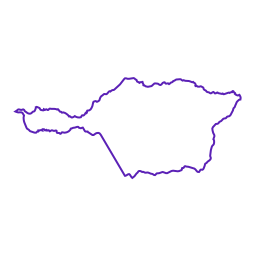 map outline of Apure (Equal Earth projection)
{"feature_id": "VEN-25", "entity_name": "Apure", "entity_type": "State", "adm_level": 1, "iso_a3": "VEN", "parent_name": "Venezuela", "parent_adm1": "", "projection": "equal_earth", "projection_center": [-69.326, 7.078], "detail": "fine", "context": "isolated", "style": "outline", "palette": "violet", "viewbox_px": 256, "rotation_deg": 0, "n_neighbors": 0, "source": "natural_earth", "source_scale": "10m", "svg_char_len": 5744}
<svg xmlns="http://www.w3.org/2000/svg" viewBox="0 0 256 256"><path d="M18.1,112.4L16.3,111.9L15.4,111.5L17.1,110.4L17.7,109.8L18.2,109.5L18.9,109.4L21.0,109.9L21.6,109.9L23.1,109.4L23.8,109.7L24.2,110.0L24.7,111.0L25.0,111.3L26.5,112.3L27.5,113.1L29.2,113.7L29.6,113.7L30.4,113.6L30.9,113.4L31.3,113.2L32.8,111.8L33.2,111.6L34.1,111.4L34.5,111.1L34.7,110.8L35.3,109.6L36.0,107.4L35.9,107.2L36.4,106.9L37.1,107.0L39.4,108.0L39.7,108.3L40.2,109.3L40.6,109.8L41.1,110.0L42.7,110.3L43.4,110.3L43.8,109.8L43.9,109.2L44.1,109.3L44.6,110.0L45.1,109.9L45.9,109.4L46.3,109.3L46.7,109.4L47.4,109.9L47.8,110.0L48.3,109.9L48.5,109.7L48.8,109.3L49.6,108.7L50.3,108.7L51.7,108.9L54.5,108.9L55.9,109.1L57.2,109.6L57.9,109.2L58.7,110.0L59.5,111.1L60.1,111.7L61.0,111.8L61.4,112.0L61.8,112.6L62.4,112.6L63.3,112.4L64.9,112.9L66.4,113.8L67.9,115.0L69.1,116.5L69.7,116.2L70.4,116.6L71.1,117.2L71.8,117.5L72.5,117.4L74.2,116.6L74.8,116.1L76.1,116.9L77.8,117.4L79.5,117.5L80.9,117.2L81.9,115.5L82.3,115.3L83.3,115.5L83.9,115.2L84.5,114.6L85.4,113.4L85.7,112.7L86.2,112.8L86.4,113.0L86.5,113.1L86.8,112.8L86.9,112.6L87.0,111.5L87.2,110.7L87.8,110.5L88.5,110.5L89.3,110.3L90.6,109.4L91.6,107.8L92.4,106.0L93.2,102.4L93.6,101.7L95.3,101.1L95.6,101.1L96.0,101.2L96.6,101.6L96.9,101.8L97.5,101.6L98.4,101.1L99.3,100.4L99.7,99.5L99.9,98.6L100.4,97.4L101.1,96.4L101.6,95.9L102.1,95.7L103.8,94.2L104.4,94.0L106.2,94.2L106.7,94.0L107.2,93.6L108.8,91.7L109.4,91.3L109.9,91.2L110.4,91.5L110.8,91.1L112.0,90.3L112.5,90.1L113.5,90.0L114.2,89.7L120.0,84.4L124.2,79.0L125.0,78.3L125.9,78.3L127.7,78.8L129.1,78.8L133.5,78.1L134.4,78.4L135.7,79.6L136.4,79.8L136.6,80.1L137.0,81.3L137.2,81.6L138.6,82.2L139.4,82.9L139.6,82.8L139.9,82.4L140.1,82.2L141.5,82.2L142.1,81.9L142.5,81.9L142.9,83.4L143.4,84.3L143.4,84.5L143.4,85.1L143.4,85.3L143.6,85.4L144.2,85.3L145.6,86.3L147.9,86.8L151.4,86.1L151.9,85.8L152.5,85.2L154.3,83.6L155.0,83.4L157.3,83.6L158.1,83.8L159.5,84.8L160.5,85.0L161.4,84.5L162.7,82.9L163.4,82.6L164.1,82.3L164.6,82.3L164.8,82.7L165.8,83.6L166.5,83.6L167.5,83.4L168.2,83.4L168.6,83.8L169.0,84.1L169.8,83.6L170.9,82.6L172.1,82.2L172.6,81.9L173.3,81.0L174.4,80.7L175.7,79.8L176.4,79.5L180.2,79.2L181.1,79.5L181.9,80.2L182.7,80.6L183.6,80.2L185.3,80.8L188.8,81.0L190.7,81.6L191.5,82.0L192.2,82.2L193.1,81.9L193.2,82.0L193.5,82.5L194.5,82.9L195.3,83.8L195.7,84.8L195.3,85.7L195.6,86.1L196.0,86.1L196.8,86.0L197.7,86.6L198.2,86.7L199.5,86.7L200.4,86.3L200.9,86.3L203.0,87.4L203.4,87.9L203.7,89.1L204.3,89.8L205.7,90.5L206.2,91.0L206.6,91.6L207.2,92.0L209.0,92.4L209.7,92.9L210.4,93.3L211.3,93.2L212.7,92.2L213.5,92.0L215.0,93.4L215.8,93.3L216.6,92.8L217.4,92.5L217.7,92.6L218.1,93.1L221.9,93.9L222.6,93.5L222.9,93.6L223.3,94.1L223.5,94.2L224.3,94.1L228.1,92.8L228.9,92.6L229.6,92.9L229.8,92.7L231.4,92.1L232.2,92.2L232.4,92.1L232.5,91.9L232.4,91.3L232.6,91.1L233.1,91.1L233.4,91.3L234.2,92.5L235.0,93.0L235.2,93.3L234.9,93.9L235.7,94.6L236.9,95.2L238.0,95.5L239.3,94.8L239.6,95.1L240.4,96.7L240.6,97.5L240.6,98.4L240.4,99.5L239.9,99.5L238.9,99.9L237.5,101.2L236.8,102.0L236.4,102.9L235.9,104.2L235.4,105.2L234.8,106.8L234.6,107.2L233.6,108.2L233.4,108.6L232.9,110.5L230.6,114.9L229.9,115.7L229.2,116.2L227.7,116.5L227.0,116.8L226.2,117.8L225.9,118.1L225.5,118.3L224.1,118.5L223.2,118.9L221.2,121.0L219.6,121.8L219.2,122.1L218.6,123.0L218.2,123.4L217.4,123.8L215.8,124.0L212.9,127.2L212.3,128.6L212.6,130.7L213.2,132.9L214.3,135.1L214.4,136.2L214.1,137.2L213.7,138.2L213.4,139.3L213.8,139.8L214.1,140.8L214.1,142.8L213.8,144.1L213.2,145.0L212.4,145.7L211.8,146.8L210.9,150.0L210.2,155.5L210.2,156.0L210.3,156.5L210.7,157.5L210.8,158.1L210.6,159.0L210.0,159.8L209.4,160.4L207.7,161.6L207.4,161.9L206.6,162.9L206.2,163.2L205.5,163.5L205.2,163.8L205.0,164.3L204.7,165.7L203.7,168.3L203.2,169.2L202.5,169.7L202.1,169.8L201.3,169.6L200.9,169.6L200.4,169.9L200.1,170.3L199.5,171.4L199.0,172.0L197.5,171.8L196.5,170.8L195.5,169.5L194.4,168.6L188.5,166.8L186.0,166.5L185.3,166.2L185.0,166.2L184.5,166.5L183.8,167.5L183.5,167.9L183.0,168.0L182.5,168.0L182.1,168.1L181.9,168.8L181.9,169.3L181.7,169.8L181.4,170.2L180.7,170.4L179.4,171.0L177.8,171.3L173.1,170.7L171.5,171.0L167.3,173.1L165.9,173.1L163.4,172.2L162.7,172.0L161.9,172.2L159.1,173.2L156.8,173.4L156.4,173.7L155.4,174.8L155.0,175.1L154.1,175.0L152.5,174.0L151.7,173.8L150.9,173.7L148.5,172.7L147.7,172.5L145.4,172.7L144.6,172.5L143.7,172.0L142.9,171.8L142.2,172.0L140.8,171.2L140.0,171.0L139.1,171.0L138.4,171.4L137.4,172.8L136.6,173.4L134.4,176.3L132.3,177.9L131.4,177.0L129.8,174.6L129.1,174.1L128.1,174.3L126.3,175.4L125.4,175.8L124.9,175.8L100.7,134.7L99.5,133.3L98.4,132.9L97.0,133.0L95.7,133.5L93.6,135.0L92.4,135.0L88.6,132.5L88.0,132.2L87.7,131.6L87.1,131.5L86.3,131.6L85.9,131.6L85.3,131.4L84.9,131.1L83.0,127.9L82.8,127.6L82.2,127.7L81.1,128.2L80.5,128.2L78.9,127.7L78.4,127.0L78.2,126.9L77.1,126.9L74.8,127.6L73.2,127.8L71.8,128.4L71.0,128.5L70.7,128.7L70.6,129.2L70.2,129.9L68.6,131.4L66.7,132.3L64.7,132.7L62.1,132.3L61.7,132.6L61.4,133.0L61.0,133.5L60.3,133.8L59.9,133.6L59.7,133.3L59.2,133.0L57.4,132.9L56.9,132.7L56.7,132.2L56.6,130.9L56.3,130.6L55.7,130.5L54.2,130.9L53.5,130.8L52.4,130.4L51.8,130.3L51.2,130.5L50.2,131.1L49.8,131.3L49.0,130.4L48.2,130.2L47.5,130.4L47.5,130.5L46.8,130.5L46.6,130.0L46.4,129.8L46.1,129.9L45.6,130.3L45.3,130.4L45.1,130.4L44.6,130.0L44.4,129.6L44.1,129.3L42.8,129.2L42.4,129.3L42.1,129.7L42.3,130.5L41.2,130.1L40.3,130.2L39.5,130.4L38.4,130.4L38.5,131.3L38.3,131.5L37.9,131.4L37.4,131.4L36.2,132.6L35.6,132.7L34.4,132.6L30.2,131.2L29.8,130.9L28.9,129.9L28.4,129.5L27.4,128.9L27.0,128.6L26.4,127.5L24.3,122.3L23.9,120.8L23.7,119.4L23.6,117.9L23.6,117.5L24.0,115.4L23.9,115.2L23.7,115.0L22.4,112.8L21.2,112.3L18.1,112.4Z" fill="none" stroke="#5b21b6" stroke-width="2"/></svg>